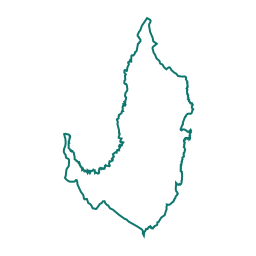 the district of Wang Sam Mo, Udon Thani, Thailand, rotated 176°
{"feature_id": "78962969B45411926077812", "entity_name": "Wang Sam Mo", "entity_type": "district", "adm_level": 2, "iso_a3": "THA", "parent_name": "Thailand", "parent_adm1": "Udon Thani", "projection": "equal_earth", "projection_center": [103.422, 17.016], "detail": "fine", "context": "isolated", "style": "outline", "palette": "teal", "viewbox_px": 256, "rotation_deg": 176, "n_neighbors": 0, "source": "geoboundaries", "source_scale": "gbopen_adm2", "svg_char_len": 5718}
<svg xmlns="http://www.w3.org/2000/svg" viewBox="0 0 256 256"><g transform="rotate(176 128 128)"><path d="M82.9,58.9L83.4,60.6L84.2,61.3L84.6,62.9L84.6,64.4L84.0,67.6L83.9,69.9L82.4,68.1L81.6,67.8L80.7,68.5L80.0,67.8L78.8,68.8L78.2,70.5L78.4,71.4L77.7,72.7L77.7,74.7L77.3,75.8L77.4,77.3L77.1,77.9L77.5,79.4L77.2,80.3L78.0,80.9L78.0,81.5L78.4,81.5L78.3,83.4L78.0,83.8L78.3,84.5L77.8,85.6L78.1,86.4L77.4,87.2L77.8,87.9L77.1,88.7L76.8,89.7L76.9,90.7L76.5,90.8L76.3,92.4L75.8,92.8L75.8,94.8L74.2,95.7L74.4,97.6L74.2,97.6L74.0,98.7L74.1,99.3L73.2,100.1L73.0,101.5L72.5,102.2L73.2,104.8L73.7,105.3L72.9,106.9L73.2,107.7L72.4,109.3L72.7,110.3L73.2,110.5L73.0,112.0L72.3,113.0L71.8,112.7L71.8,113.6L71.3,114.1L69.9,113.9L69.9,113.4L69.5,113.1L69.1,113.7L68.7,113.8L67.9,113.3L67.8,112.7L67.6,113.0L67.2,112.6L66.8,113.4L67.0,113.5L66.8,114.2L67.1,114.4L67.2,115.4L66.8,115.4L66.5,116.0L66.9,117.0L66.5,118.4L66.7,118.7L66.1,118.8L66.2,119.3L65.6,119.4L65.6,120.2L65.2,120.6L65.7,121.9L67.6,120.1L68.7,120.0L70.5,121.8L71.9,122.6L73.3,122.8L74.8,121.9L75.6,122.6L75.6,123.2L73.6,127.2L72.9,127.8L73.0,129.3L70.3,135.2L69.8,135.2L68.8,137.0L67.7,137.9L66.1,138.1L65.0,137.8L63.7,138.2L62.8,140.1L62.5,141.7L62.0,141.6L61.6,142.1L62.9,143.9L62.9,144.7L62.3,145.8L62.4,146.1L61.8,146.5L62.4,148.2L63.1,148.1L63.6,148.7L64.0,148.3L64.3,148.7L64.4,149.5L65.2,150.3L65.1,151.2L65.4,151.1L65.4,152.0L65.8,152.2L65.7,152.9L66.0,153.0L65.5,153.7L65.8,154.6L66.1,154.8L65.7,156.1L65.9,156.3L65.7,156.6L66.0,156.9L66.1,157.7L66.5,157.7L66.7,158.2L66.5,159.3L66.6,160.7L66.3,161.2L66.5,162.0L66.1,162.5L66.7,163.3L66.4,163.5L66.3,164.3L65.7,164.6L65.8,165.1L65.5,165.6L65.8,165.9L65.6,167.7L65.9,168.5L65.6,168.8L65.8,169.4L65.5,169.9L66.9,172.8L66.5,173.8L66.8,174.9L67.9,175.5L70.3,175.5L74.4,176.3L76.0,178.7L78.2,180.2L80.8,182.9L81.8,185.2L82.3,185.6L83.3,185.6L85.7,183.9L87.7,185.9L89.2,188.9L91.4,190.1L92.0,192.8L94.4,195.1L95.0,196.1L95.7,198.8L97.2,201.5L98.0,205.8L97.7,206.9L97.1,207.4L93.4,210.0L96.7,212.7L97.1,216.2L99.2,222.2L99.9,228.7L99.5,230.3L98.2,232.3L98.0,233.6L98.3,234.3L101.3,236.3L107.0,229.0L108.9,224.7L110.3,223.2L111.9,220.3L111.8,218.8L110.9,218.0L110.5,216.7L109.5,215.5L109.5,213.8L109.7,213.3L110.6,212.9L111.2,211.8L112.2,211.3L113.9,204.6L114.5,203.7L115.7,203.2L116.0,201.8L117.5,200.0L118.9,200.3L119.6,199.7L120.2,193.9L120.5,193.9L121.3,195.3L121.9,194.2L123.2,193.6L123.3,192.9L122.7,192.1L122.7,191.4L124.4,188.4L125.0,185.2L125.4,185.0L126.8,186.1L127.5,185.7L127.8,183.5L126.4,181.5L127.4,180.4L127.3,176.4L128.2,175.5L128.6,173.2L127.8,172.1L126.8,172.0L126.2,170.8L125.9,166.7L126.3,165.3L128.1,163.1L128.7,160.5L128.6,159.5L127.7,158.7L127.7,158.1L128.8,154.9L129.8,154.5L129.0,153.5L129.4,152.7L128.8,151.6L129.0,151.2L129.5,151.3L130.3,151.7L130.6,152.5L131.0,152.4L131.0,151.6L130.2,150.5L131.5,150.4L132.0,149.1L131.8,147.7L132.2,146.2L131.7,145.2L133.0,144.9L133.5,143.1L136.1,141.7L136.0,140.8L136.6,140.3L136.7,138.4L137.0,138.0L138.4,137.4L138.5,137.0L137.7,134.7L138.3,132.9L137.1,126.3L137.3,123.6L136.8,123.3L136.7,122.6L137.8,119.9L138.0,119.0L137.2,118.4L135.2,117.9L136.7,115.3L136.3,114.2L134.7,114.4L133.7,114.0L135.1,112.2L135.3,111.1L136.2,110.7L137.0,111.6L137.5,111.7L138.3,110.3L137.2,109.4L138.4,107.6L138.4,106.3L139.1,106.3L139.6,106.9L140.5,106.6L141.1,104.2L142.1,104.7L144.9,102.9L144.1,100.4L145.0,100.0L145.2,99.2L146.3,98.5L146.3,98.1L145.4,97.6L145.4,97.0L145.9,96.4L147.8,95.8L148.6,96.2L148.9,96.0L148.9,94.9L149.5,93.9L148.8,91.7L149.2,91.2L152.4,91.9L152.9,92.5L153.7,91.8L153.8,90.2L154.1,90.0L154.3,89.0L155.1,88.8L155.9,89.6L157.2,88.8L157.4,89.0L157.2,89.8L158.4,90.2L158.6,89.6L159.1,89.3L159.3,90.2L159.5,88.9L159.2,88.6L160.1,87.5L159.8,86.0L160.3,85.6L160.3,84.8L160.7,84.6L161.2,84.6L163.3,86.0L164.0,85.4L164.2,86.8L164.1,88.1L165.0,88.2L165.5,88.8L166.3,87.8L167.7,87.8L168.2,87.2L168.5,87.3L168.8,86.0L169.1,85.6L169.6,86.9L169.3,87.1L169.3,88.0L169.9,88.1L170.3,87.7L170.5,87.9L170.3,87.0L170.7,86.8L171.4,85.8L172.1,87.5L173.0,87.6L172.9,88.4L174.3,88.6L174.7,88.1L175.4,89.5L176.5,89.2L176.2,90.1L176.6,89.9L176.9,90.6L176.5,91.1L176.7,91.8L178.0,92.7L177.9,93.5L178.8,94.5L178.6,95.5L179.5,96.2L179.0,96.8L179.1,97.5L180.7,97.8L181.1,98.6L181.8,98.8L182.3,99.8L183.4,100.5L183.3,103.5L183.6,104.6L183.7,106.8L185.0,108.8L185.7,108.5L185.9,109.0L186.5,109.0L186.5,109.6L187.0,109.5L187.8,111.4L188.6,112.2L188.3,115.7L188.5,116.2L188.2,116.8L188.1,118.2L187.8,118.0L187.9,118.7L187.2,120.6L187.3,121.3L186.5,122.4L186.7,123.4L186.3,123.5L186.3,124.2L187.7,125.6L191.0,126.6L192.1,126.4L191.6,123.0L191.2,121.9L191.2,117.6L191.8,114.6L193.3,111.5L193.7,108.7L193.3,107.5L192.1,105.4L191.9,102.9L191.6,102.4L189.6,101.4L189.1,100.3L189.1,98.9L189.8,94.0L191.6,92.0L192.3,90.7L193.5,84.4L194.4,82.7L192.7,80.4L189.9,78.5L185.6,78.2L184.6,78.6L183.6,79.7L182.9,79.6L182.5,78.4L182.3,75.1L179.4,67.5L177.5,64.6L177.1,63.4L176.9,60.6L176.0,59.8L174.3,60.2L173.9,60.0L172.9,56.0L170.9,54.6L169.9,53.1L168.8,50.3L166.7,49.9L166.0,49.4L165.2,49.5L161.4,54.1L159.5,55.0L158.1,56.6L156.5,56.6L155.9,54.6L154.2,52.5L153.2,52.2L151.6,49.2L148.8,47.6L143.1,42.1L137.7,37.6L135.8,36.8L133.9,34.6L126.3,29.6L121.3,25.9L120.2,23.9L120.6,21.9L119.7,19.7L119.0,23.2L118.0,24.1L117.0,26.1L116.1,25.7L115.5,25.9L114.7,27.2L114.3,27.3L114.1,27.8L113.1,27.9L112.6,28.5L112.0,27.8L112.2,26.9L111.0,26.1L110.4,26.6L110.0,26.4L109.9,26.8L108.9,27.7L108.7,27.6L108.1,28.4L105.9,29.1L105.6,29.7L105.3,31.8L104.1,32.1L101.1,36.3L97.4,38.6L96.1,42.3L95.2,44.1L95.1,46.7L94.5,48.3L94.6,49.0L93.0,48.5L91.5,48.8L88.2,51.4L87.8,51.4L87.3,52.8L86.9,52.9L86.6,54.0L85.8,54.6L85.2,56.4L83.6,57.9L83.5,58.6L82.9,58.9Z" fill="none" stroke="#0f766e" stroke-width="2"/></g></svg>